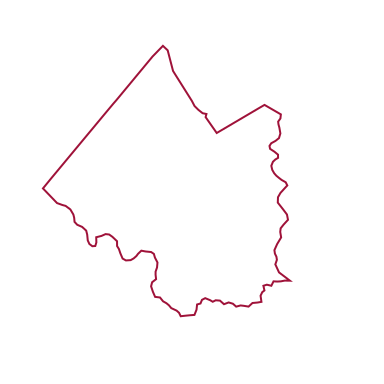 outline of Novo Santo Antônio, Piauí, Brazil, rotated 301°
{"feature_id": "56859067B59969967736993", "entity_name": "Novo Santo Antônio", "entity_type": "district", "adm_level": 2, "iso_a3": "BRA", "parent_name": "Brazil", "parent_adm1": "Piauí", "projection": "robinson", "projection_center": [-41.944, -5.288], "detail": "fine", "context": "isolated", "style": "outline", "palette": "rose", "viewbox_px": 384, "rotation_deg": 301, "n_neighbors": 0, "source": "geoboundaries", "source_scale": "gbopen_adm2", "svg_char_len": 1916}
<svg xmlns="http://www.w3.org/2000/svg" viewBox="0 0 384 384"><g transform="rotate(301 192 192)"><path d="M166.4,321.6L167.9,308.0L172.9,300.7L177.6,299.7L180.0,297.7L181.9,294.8L184.6,292.6L191.2,291.8L199.0,291.8L203.2,288.2L206.5,286.7L211.2,287.3L217.6,288.6L221.6,285.0L224.0,279.1L227.1,271.0L231.8,268.4L236.8,268.3L241.8,269.3L246.7,270.3L248.6,267.3L248.5,262.6L248.9,259.2L249.4,255.9L250.4,252.8L252.3,249.4L255.3,246.5L259.6,245.8L262.8,246.7L265.6,248.2L268.3,246.5L269.0,241.9L269.2,236.7L271.4,234.7L274.6,234.8L278.7,237.2L283.0,238.8L287.7,237.6L292.1,233.8L294.5,231.3L296.7,229.6L300.6,229.9L304.3,228.2L304.0,209.3L298.2,206.1L255.3,182.8L263.2,165.1L266.3,164.2L265.0,160.5L265.7,155.2L267.0,149.9L270.0,145.0L284.5,116.3L286.0,113.4L300.9,98.2L302.3,91.8L287.8,88.4L231.3,79.8L227.4,79.1L211.4,76.6L131.3,64.3L118.3,62.4L114.2,77.6L113.0,82.0L114.1,87.6L115.0,90.8L114.4,96.7L111.6,101.9L109.2,104.3L105.9,106.7L104.8,110.5L105.5,115.8L104.4,121.2L101.5,124.1L96.8,127.6L94.6,130.8L94.2,134.5L95.9,136.9L99.5,136.0L103.9,133.2L107.7,137.0L111.4,139.6L112.9,142.9L112.6,146.8L111.2,153.1L107.1,155.6L105.5,158.7L102.6,162.1L99.2,166.8L99.3,170.6L102.0,174.5L105.0,176.2L108.4,177.3L111.3,177.6L115.6,178.8L117.1,182.8L119.5,187.9L119.3,191.2L116.7,194.0L113.8,198.7L109.3,200.9L105.0,201.8L102.3,203.4L98.8,206.1L94.1,204.3L90.1,205.5L86.4,209.8L83.1,214.4L85.1,218.9L83.4,223.5L83.5,227.4L83.0,230.6L81.8,234.0L82.4,239.9L81.8,243.1L79.7,246.3L82.6,250.1L85.2,253.6L87.9,257.4L93.4,256.5L98.2,254.3L100.8,256.7L104.7,256.1L107.8,258.0L108.6,263.2L108.6,266.3L111.4,268.1L113.3,271.9L112.3,277.2L116.2,280.3L117.3,284.6L116.5,288.9L119.8,292.1L121.1,295.0L122.9,299.5L128.0,301.0L131.0,305.1L133.6,308.1L138.4,304.2L142.3,303.8L144.9,304.8L148.4,301.5L151.1,303.9L152.5,308.3L157.4,307.9L159.2,311.3L161.2,314.2L163.8,317.1L166.4,321.6Z" fill="none" stroke="#9f1239" stroke-width="2"/></g></svg>